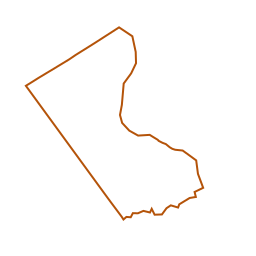 outline of Colbert, Alabama, United States of America, rotated 52°
{"feature_id": "52423323B73272811402688", "entity_name": "Colbert", "entity_type": "district", "adm_level": 2, "iso_a3": "USA", "parent_name": "United States of America", "parent_adm1": "Alabama", "projection": "equal_earth", "projection_center": [-87.711, 34.736], "detail": "fine", "context": "isolated", "style": "outline", "palette": "amber", "viewbox_px": 256, "rotation_deg": 52, "n_neighbors": 0, "source": "geoboundaries", "source_scale": "gbopen_adm2", "svg_char_len": 791}
<svg xmlns="http://www.w3.org/2000/svg" viewBox="0 0 256 256"><g transform="rotate(52 128 128)"><path d="M31.9,182.5L165.3,186.9L175.2,187.2L194.1,187.6L197.3,187.9L197.1,184.0L200.0,180.8L198.1,176.6L201.3,172.7L202.8,166.9L208.1,162.7L206.3,159.1L212.7,160.4L217.0,154.5L214.9,147.0L215.3,141.9L221.5,137.5L219.7,134.6L221.1,122.5L224.1,117.0L219.4,114.9L221.4,105.6L207.2,101.1L195.5,94.2L179.4,98.8L174.2,104.2L171.7,105.9L168.8,107.0L163.9,108.1L161.0,109.9L156.9,111.8L156.5,111.7L155.4,111.9L150.4,113.8L146.8,115.1L140.2,124.7L130.9,128.6L120.4,129.5L112.8,126.3L106.0,118.6L90.3,104.0L86.9,91.9L81.9,81.8L72.8,75.1L58.4,68.1L43.2,73.1L40.6,101.5L38.2,124.5L37.7,132.2L36.5,142.4L33.4,168.0L32.2,179.8L32.1,180.3L31.9,182.5Z" fill="none" stroke="#b45309" stroke-width="2"/></g></svg>